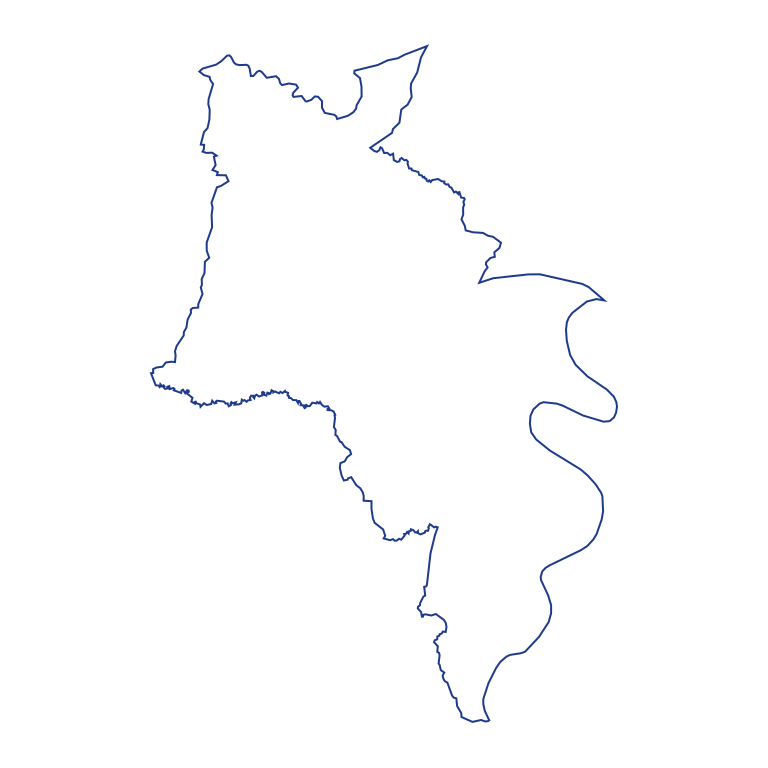 outline of Mueang Uthai Thani, Uthai Thani, Thailand
{"feature_id": "78962969B55424079588300", "entity_name": "Mueang Uthai Thani", "entity_type": "district", "adm_level": 2, "iso_a3": "THA", "parent_name": "Thailand", "parent_adm1": "Uthai Thani", "projection": "mercator", "projection_center": [99.999, 15.387], "detail": "fine", "context": "isolated", "style": "outline", "palette": "blue", "viewbox_px": 768, "rotation_deg": 0, "n_neighbors": 0, "source": "geoboundaries", "source_scale": "gbopen_adm2", "svg_char_len": 6073}
<svg xmlns="http://www.w3.org/2000/svg" viewBox="0 0 768 768"><path d="M199.4,71.5L203.8,75.1L209.5,76.8L210.5,80.3L213.1,84.0L208.6,99.1L208.3,104.1L209.7,109.8L209.4,119.6L207.5,128.2L204.0,132.0L200.9,143.9L200.8,144.6L204.2,144.8L203.9,149.1L202.6,151.6L206.3,152.9L212.2,152.7L216.6,155.7L213.9,156.6L215.6,165.1L212.5,170.0L217.8,172.1L216.9,175.1L225.9,175.3L228.5,181.2L220.7,186.1L217.0,187.2L211.5,202.8L212.6,207.7L211.6,215.1L212.1,227.2L206.7,242.5L206.7,250.5L209.2,257.8L204.9,261.8L204.5,273.1L201.7,279.0L201.9,285.1L200.8,287.4L202.5,294.1L198.3,304.0L198.2,307.6L192.9,308.0L190.8,309.5L191.0,312.9L187.6,319.6L186.4,327.6L183.9,332.0L183.7,335.5L176.7,345.9L175.0,351.2L175.6,355.5L175.0,362.1L171.3,361.7L165.8,362.5L162.6,366.7L156.5,367.5L153.1,369.1L153.2,373.0L151.0,373.2L155.7,385.3L159.1,385.6L159.6,387.1L160.4,386.6L160.5,384.4L162.0,386.2L163.5,385.3L164.5,386.4L163.6,387.4L165.1,388.9L167.5,388.4L167.3,386.9L169.2,386.1L169.7,387.9L168.3,388.3L169.7,389.2L173.3,388.0L174.5,388.9L173.8,390.3L181.2,392.9L181.6,390.5L183.0,389.7L185.2,393.2L187.0,390.3L188.6,390.5L188.8,391.8L187.3,392.5L187.2,393.7L192.5,397.8L191.3,401.6L194.9,403.7L194.8,401.9L195.8,401.7L196.3,403.2L200.1,404.5L200.5,406.8L204.0,403.2L206.7,405.0L211.2,404.0L212.2,400.7L214.4,403.4L216.3,402.9L215.9,401.5L216.8,400.7L224.0,401.6L225.7,403.6L227.6,403.4L228.8,406.3L231.0,405.0L230.6,403.4L231.4,402.1L232.6,403.3L235.8,402.3L234.6,404.7L238.8,404.3L241.2,403.4L241.8,399.7L243.3,400.7L244.6,400.1L246.6,401.8L247.9,400.4L250.6,400.0L249.9,397.8L251.1,395.7L253.5,395.8L253.2,397.1L254.3,398.3L254.8,396.2L256.4,394.7L259.1,396.5L262.3,395.4L262.1,392.4L262.8,391.9L264.3,392.7L263.9,394.8L266.3,395.6L267.4,392.6L268.7,393.0L269.0,394.1L270.4,393.6L271.6,390.2L273.3,391.2L273.3,392.4L275.0,391.5L279.1,393.3L280.4,391.8L282.5,393.1L285.0,390.9L285.6,392.0L288.1,392.8L287.6,395.5L289.0,396.2L288.9,397.8L291.1,398.2L292.9,400.0L296.4,400.2L298.1,403.2L298.7,401.0L299.5,401.0L301.1,404.0L300.7,405.2L303.0,405.3L304.6,408.1L305.5,407.6L304.8,405.4L306.5,404.9L307.1,406.2L309.7,406.1L312.3,402.7L316.4,403.4L317.2,402.0L318.9,403.4L320.0,401.9L321.8,404.8L324.4,406.7L327.8,406.2L329.2,408.4L327.5,409.0L327.6,410.1L331.3,410.3L333.6,411.5L335.3,414.9L334.5,415.4L335.0,418.0L333.9,427.0L335.7,430.0L335.4,434.9L337.1,436.1L340.1,441.8L341.5,442.1L344.7,446.8L349.9,450.1L351.1,454.1L347.1,457.2L344.7,461.4L340.4,463.1L339.8,468.0L341.7,475.8L343.9,480.5L347.5,479.7L348.1,478.3L351.2,477.2L356.3,485.2L360.4,488.4L362.7,492.3L363.7,495.7L363.6,500.7L371.5,501.2L371.5,508.9L372.9,518.3L374.6,522.8L383.1,529.4L385.2,535.8L383.7,538.4L390.1,540.2L393.0,539.1L394.5,540.6L396.5,540.7L399.1,538.8L401.2,539.7L404.7,535.5L404.1,534.0L406.1,533.7L407.2,531.9L408.6,533.5L409.0,531.3L410.8,530.8L410.9,529.3L413.3,530.1L415.2,532.4L416.5,532.6L417.9,531.2L418.0,533.2L420.6,534.4L425.0,532.5L425.1,531.3L426.4,530.6L428.0,530.8L428.8,528.3L428.3,527.4L429.9,524.2L434.2,527.4L435.7,526.7L437.7,527.3L435.0,535.0L430.5,553.4L426.9,585.0L426.1,586.4L424.2,586.9L425.2,595.6L423.4,596.6L420.2,602.9L419.9,605.4L418.0,606.7L417.8,608.5L421.1,612.0L421.9,616.7L422.9,616.7L423.2,614.9L425.4,614.3L431.4,615.5L435.8,614.0L443.8,619.8L445.7,622.8L446.5,626.8L445.7,632.0L442.9,631.5L441.7,633.5L439.6,634.2L439.4,635.7L437.4,636.4L437.2,639.3L434.7,640.3L434.0,642.2L437.8,646.2L437.3,651.9L439.1,652.9L439.6,655.4L438.6,663.6L439.5,664.5L440.8,670.1L444.3,672.6L442.6,675.6L443.4,678.8L444.7,681.0L447.4,682.7L452.1,695.6L453.7,697.6L456.3,698.3L457.1,706.0L461.3,713.2L461.5,717.0L472.5,721.9L481.0,720.0L485.6,721.5L488.0,721.1L489.2,720.3L484.7,710.6L483.3,703.9L483.3,699.0L488.5,683.1L496.0,668.2L500.2,662.0L506.3,656.7L510.1,654.9L520.9,653.2L525.1,651.7L539.0,636.9L548.7,622.0L551.1,613.3L551.1,605.1L548.2,595.5L541.0,580.0L540.7,576.9L542.2,571.5L545.5,567.9L549.7,565.3L581.0,550.1L587.4,545.9L593.4,539.4L596.6,534.1L601.7,519.4L603.1,511.4L602.4,496.4L601.2,492.9L595.7,484.4L587.7,475.5L580.6,469.4L549.8,450.5L536.2,439.5L531.2,432.3L529.9,423.8L530.5,415.8L533.3,409.5L539.5,403.7L543.5,402.2L556.6,403.6L562.4,405.5L583.0,415.5L603.7,421.7L609.6,421.1L614.1,417.3L616.1,412.5L617.0,406.7L616.4,402.3L613.9,396.7L606.9,389.6L587.5,376.4L575.6,364.8L570.1,355.0L566.8,340.9L566.0,329.8L566.9,322.2L568.8,317.6L572.3,312.9L586.9,301.5L596.3,299.1L604.3,300.4L588.7,287.1L582.2,283.9L539.9,274.3L528.2,274.4L493.3,278.2L479.2,282.8L484.5,271.6L487.6,267.4L485.9,264.4L486.1,262.4L490.4,258.0L494.8,256.8L494.3,252.3L499.4,248.0L501.0,242.7L493.0,236.8L487.9,235.7L483.0,232.9L473.1,232.3L465.7,230.4L464.8,225.8L461.5,219.4L463.2,214.5L463.1,207.3L464.2,204.8L463.4,201.9L464.7,199.2L464.0,198.0L461.2,197.6L459.4,192.1L458.2,192.4L458.1,193.8L455.9,191.6L454.1,192.5L451.4,187.6L449.7,187.1L448.2,184.3L446.1,184.5L444.2,183.1L444.4,181.6L441.6,181.2L438.1,179.0L432.1,180.1L430.7,182.0L429.3,180.3L428.2,181.5L426.7,180.6L426.4,178.8L424.7,178.4L424.3,176.9L422.8,177.3L421.9,175.5L419.1,174.8L418.3,172.0L411.9,170.2L411.5,168.5L409.1,168.5L407.6,163.8L407.9,161.6L406.3,159.9L404.3,160.3L401.6,158.0L399.9,159.2L399.5,161.3L397.1,161.9L393.8,160.0L393.1,153.7L390.2,155.2L387.2,152.8L384.1,153.0L382.1,148.3L380.5,147.3L379.4,150.1L377.1,151.8L374.4,151.1L370.2,147.8L392.0,132.9L393.0,129.0L399.4,122.8L401.3,109.5L407.6,104.7L411.7,97.0L410.7,88.2L411.1,83.5L417.2,72.5L421.0,57.4L427.0,46.1L404.8,54.6L398.0,58.2L387.8,60.3L377.8,65.0L354.5,70.7L354.2,73.3L360.0,78.1L361.5,86.7L361.6,96.5L356.7,105.1L356.0,108.8L353.3,112.3L347.9,115.8L337.1,119.0L336.3,116.4L334.5,114.9L324.8,112.9L322.0,107.8L322.0,101.1L318.1,96.8L314.9,96.4L311.2,99.9L306.7,101.5L305.5,101.2L301.6,96.0L293.5,96.9L292.6,95.5L293.3,92.7L298.0,87.7L296.0,84.6L288.7,83.5L282.1,85.1L280.3,83.4L278.9,78.8L276.0,76.2L266.8,77.8L261.7,71.9L259.7,70.8L257.3,71.6L253.4,75.9L250.9,76.1L249.7,68.8L248.4,65.8L246.5,64.8L239.4,65.1L236.0,64.3L234.0,62.6L231.1,57.0L229.4,55.4L227.0,55.7L221.5,61.0L216.2,64.6L202.6,68.6L199.4,71.5Z" fill="none" stroke="#1e3a8a" stroke-width="2"/></svg>